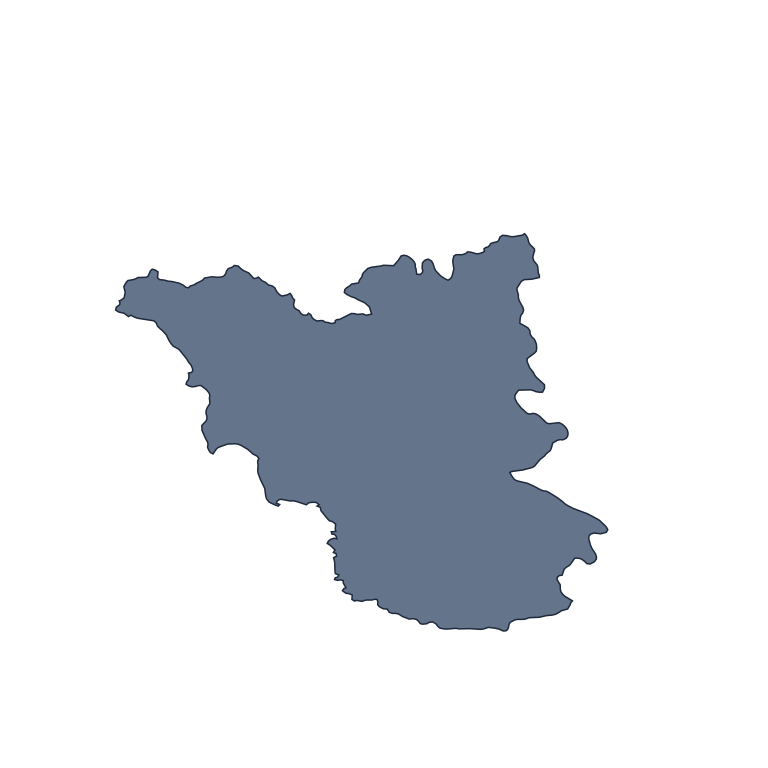 Araçuaí, Minas Gerais, Brazil (Equal Earth projection), rotated 301°
{"feature_id": "56859067B18918264125998", "entity_name": "Araçuaí", "entity_type": "district", "adm_level": 2, "iso_a3": "BRA", "parent_name": "Brazil", "parent_adm1": "Minas Gerais", "projection": "equal_earth", "projection_center": [-41.973, -16.895], "detail": "fine", "context": "isolated", "style": "filled", "palette": "slate", "viewbox_px": 768, "rotation_deg": 301, "n_neighbors": 0, "source": "geoboundaries", "source_scale": "gbopen_adm2", "svg_char_len": 6171}
<svg xmlns="http://www.w3.org/2000/svg" viewBox="0 0 768 768"><g transform="rotate(301 384 384)"><path d="M505.1,344.5L505.7,340.7L505.6,337.5L504.7,334.8L502.6,332.7L497.6,332.6L490.4,331.3L485.5,322.4L483.5,320.5L477.8,313.3L474.7,310.6L468.9,309.1L466.7,309.1L464.7,309.9L460.5,309.5L457.5,310.1L452.9,304.7L450.6,304.1L447.0,302.3L444.8,301.8L442.1,302.8L441.6,306.0L442.0,311.3L442.8,314.4L442.9,318.6L443.7,325.6L442.5,331.8L437.6,337.4L433.7,333.3L433.2,329.7L429.9,325.3L429.1,322.4L427.6,319.7L416.4,312.6L415.1,310.6L413.3,309.6L411.4,310.6L408.7,307.8L407.9,304.3L406.7,301.9L406.9,299.0L405.4,296.6L403.5,294.1L403.3,290.9L403.9,288.2L405.6,285.7L405.8,282.8L403.5,282.5L401.5,279.5L401.6,276.5L403.1,273.6L402.9,270.8L403.3,267.7L405.5,265.5L409.9,264.1L410.8,261.2L412.3,259.3L413.3,256.8L410.6,255.2L406.8,251.2L406.8,248.4L407.5,245.8L408.5,243.4L410.1,241.2L410.5,238.0L409.4,233.8L410.1,230.2L409.7,226.3L410.9,221.2L408.9,220.0L407.4,218.1L409.5,211.0L408.9,205.3L409.1,202.1L410.0,198.1L408.5,194.6L406.1,193.9L402.6,191.0L399.5,190.9L396.8,191.5L393.9,191.1L391.7,189.3L389.7,186.2L387.2,181.1L382.3,175.5L380.4,175.3L378.2,174.3L373.8,171.4L371.0,170.0L368.3,167.5L365.8,166.9L364.8,164.3L365.3,161.2L365.0,156.7L362.7,149.6L360.9,145.8L360.0,142.4L357.9,137.8L358.5,135.1L363.7,132.6L363.9,129.6L363.1,126.2L360.8,125.5L354.7,126.2L353.0,125.2L348.6,118.3L346.1,116.8L344.2,115.2L340.8,111.2L338.6,110.7L333.5,110.8L329.2,115.0L323.9,116.9L320.7,115.6L319.0,114.2L317.6,115.9L315.8,116.6L312.0,115.0L309.2,115.8L309.0,119.4L310.8,125.0L310.2,130.2L312.5,131.5L312.9,136.1L313.6,139.3L319.6,154.1L319.2,157.0L316.9,160.2L316.1,163.5L315.7,166.4L313.9,172.3L310.9,176.8L309.0,180.4L307.9,183.8L308.1,190.4L303.9,201.9L302.0,205.3L300.9,208.8L298.8,211.6L297.1,213.2L294.8,213.1L292.7,210.7L291.0,212.3L288.8,213.5L286.8,214.2L284.3,213.8L281.9,214.4L281.8,217.4L282.7,221.0L284.9,223.8L287.1,225.7L288.4,228.1L287.6,234.8L286.3,238.4L284.7,240.5L282.0,241.6L277.7,244.8L272.6,244.7L269.4,245.3L267.1,246.6L265.0,248.9L262.8,250.2L260.8,250.5L254.6,249.2L250.4,252.0L245.0,259.7L243.4,262.7L241.7,264.2L238.9,265.3L236.9,268.1L235.8,270.5L236.0,273.4L241.8,273.8L244.1,274.5L251.9,280.8L256.4,287.6L257.4,290.5L257.8,293.6L257.8,300.9L256.5,307.8L256.8,312.2L255.7,315.2L253.5,315.2L251.4,316.3L249.9,317.7L244.8,320.3L242.5,322.2L238.4,327.4L233.1,335.5L227.0,340.4L225.0,342.6L223.6,346.5L224.2,352.9L224.9,356.3L227.0,356.6L226.4,353.1L228.4,352.7L230.7,353.6L232.2,355.2L235.4,363.8L237.2,366.5L238.3,369.8L240.5,379.7L243.3,380.6L245.6,383.3L247.6,386.9L247.0,390.7L244.9,389.5L245.4,393.0L242.9,395.3L239.5,404.6L238.6,407.6L239.5,410.7L239.0,414.7L234.6,416.9L232.9,418.6L230.1,414.9L228.5,416.8L229.6,419.0L228.8,421.5L227.0,423.3L226.2,420.8L223.6,418.4L220.8,417.3L218.1,417.4L218.1,420.5L216.6,427.4L213.4,427.4L214.0,430.3L211.9,432.0L209.2,430.2L206.2,433.2L198.2,438.5L196.4,440.0L197.0,443.6L194.5,443.7L192.8,442.0L190.9,442.3L191.8,445.4L193.6,447.4L194.5,450.3L192.6,451.4L189.7,456.3L188.0,455.0L185.4,454.8L185.0,459.0L186.2,461.9L186.8,465.4L182.8,467.5L182.8,470.6L184.4,472.0L186.5,477.4L188.2,478.5L189.9,480.4L192.8,485.2L194.6,486.7L195.8,489.1L193.9,491.0L191.6,492.2L190.7,494.5L190.9,499.1L192.7,502.7L191.0,506.2L191.8,509.6L193.2,511.7L194.4,514.9L194.2,519.3L195.5,526.7L197.9,529.9L198.9,533.1L198.4,535.8L197.3,538.5L198.0,540.8L200.6,544.2L202.9,545.4L205.1,548.2L205.2,552.0L204.1,554.6L203.5,557.5L205.1,561.9L206.5,564.4L211.7,571.6L212.7,574.4L218.4,583.4L223.4,593.1L225.0,595.2L229.2,598.9L231.9,605.0L233.2,609.1L233.7,613.4L235.2,615.6L237.1,616.4L239.6,616.0L242.6,614.9L244.8,614.9L249.2,617.7L250.9,619.5L254.2,624.9L255.9,626.8L258.3,628.6L264.0,637.2L269.1,642.5L272.4,647.0L274.7,649.4L276.9,650.9L281.2,653.0L285.7,657.3L290.4,657.3L292.8,656.8L295.2,657.2L295.2,648.3L295.9,645.2L296.9,642.9L298.8,640.9L302.6,638.5L305.4,633.1L307.5,632.0L310.2,633.0L311.9,635.2L318.1,633.8L320.9,634.7L323.5,636.1L325.7,636.7L332.9,637.2L334.5,639.7L335.4,642.1L335.6,644.6L335.3,647.2L334.5,650.5L335.9,653.5L340.1,655.9L343.3,656.2L345.3,655.1L347.3,652.8L350.0,647.2L352.2,644.0L356.8,639.2L359.2,638.0L361.8,638.5L364.5,640.9L367.2,646.9L371.3,650.9L374.3,650.9L375.7,648.7L376.5,646.2L378.1,639.0L378.1,636.0L377.6,625.6L374.8,610.3L374.4,604.1L374.5,600.4L375.1,598.0L375.8,591.7L376.0,581.7L375.7,578.3L374.5,575.6L374.0,572.9L373.5,564.1L372.8,558.2L369.5,547.9L369.3,545.1L370.3,542.3L373.0,537.3L375.0,538.8L381.8,547.3L388.6,553.9L391.0,555.3L399.9,556.7L404.8,558.6L408.1,559.1L412.6,560.8L415.1,560.5L420.2,559.0L425.1,561.6L427.0,563.6L428.2,566.0L431.4,568.2L434.3,568.2L436.8,567.0L438.8,565.0L440.0,562.9L440.9,560.1L441.3,557.2L441.1,554.0L435.2,546.3L434.3,543.8L436.6,533.3L436.6,529.5L435.5,526.7L433.4,524.6L432.5,522.0L434.1,513.8L436.6,507.4L438.4,504.6L439.8,503.1L442.2,502.0L448.0,502.5L454.5,512.7L455.3,515.5L455.7,518.3L457.2,521.9L458.7,524.1L463.1,523.8L466.0,521.9L468.2,511.2L469.4,508.1L470.8,506.2L473.0,500.4L477.1,494.9L479.7,493.7L488.4,497.2L490.6,497.6L493.7,496.2L496.5,494.2L498.9,491.3L500.0,489.1L500.5,486.5L502.0,483.6L504.8,481.6L506.2,478.5L506.3,475.6L506.0,469.2L510.6,466.8L513.5,466.0L516.2,466.3L519.2,465.7L521.1,463.8L525.0,457.1L527.2,454.7L529.6,453.3L532.9,449.7L534.7,448.6L542.6,448.8L545.6,450.4L550.1,456.9L555.3,462.3L557.3,461.1L558.6,459.1L563.6,455.5L565.0,453.7L566.8,448.9L569.0,446.4L573.6,444.9L575.5,444.6L577.3,443.3L578.7,437.5L579.9,435.2L583.1,432.0L584.5,429.5L585.2,427.0L582.8,425.9L577.1,419.3L575.5,416.5L574.5,413.1L572.6,409.1L569.7,407.7L566.8,408.2L564.6,408.1L561.2,404.6L559.2,403.1L556.9,403.1L554.8,402.4L553.3,400.8L551.3,400.1L549.5,401.8L547.7,400.9L545.2,398.8L543.3,396.5L541.8,390.8L540.4,387.6L537.8,386.8L535.0,384.3L532.0,379.2L529.7,378.0L526.8,378.8L524.5,379.8L518.6,384.6L511.2,386.9L508.5,386.7L505.9,385.4L505.6,381.1L505.9,376.6L507.6,370.4L509.0,368.0L512.5,363.9L513.9,361.3L513.8,357.6L511.8,355.7L509.8,354.9L507.5,354.6L502.8,357.1L501.3,358.7L499.4,359.5L496.7,358.8L494.9,355.5L499.2,352.1L500.6,350.2L502.5,349.4L504.0,347.4L505.1,344.5Z" fill="#64748b" stroke="#1e293b" stroke-width="1.5"/></g></svg>